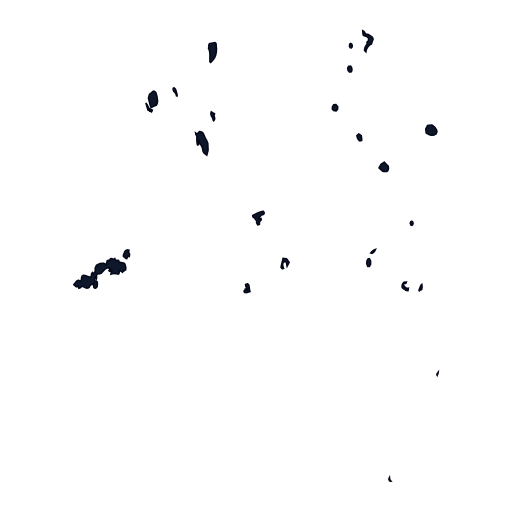 Eastern, Equal Earth projection
{"feature_id": "FJI-2618", "entity_name": "Eastern", "entity_type": "Division", "adm_level": 1, "iso_a3": "FJI", "parent_name": "Fiji", "parent_adm1": "", "projection": "equal_earth", "projection_center": [179.768, -18.91], "detail": "fine", "context": "isolated", "style": "filled", "palette": "ink", "viewbox_px": 512, "rotation_deg": 0, "n_neighbors": 0, "source": "natural_earth", "source_scale": "10m", "svg_char_len": 5645}
<svg xmlns="http://www.w3.org/2000/svg" viewBox="0 0 512 512"><path d="M119.3,262.4L120.1,262.3L123.6,263.0L124.6,263.6L125.3,265.3L125.8,267.7L125.7,269.8L123.7,271.1L122.3,272.3L121.6,271.5L120.7,271.1L118.8,270.7L119.2,271.8L119.2,272.8L118.9,273.6L118.1,274.2L117.0,273.8L114.8,273.6L112.5,273.7L110.9,274.2L111.1,273.3L111.4,271.6L111.6,270.7L110.7,271.2L110.1,271.4L109.5,271.2L108.9,270.7L109.4,270.1L109.8,269.3L110.2,268.9L107.6,267.7L105.2,269.0L101.1,273.3L99.6,273.8L98.1,273.9L97.0,274.2L96.5,275.5L96.6,278.1L96.4,278.8L95.9,276.9L95.0,277.8L94.7,279.2L94.9,280.6L95.6,281.2L97.0,281.6L97.4,282.7L97.3,285.9L97.0,286.8L96.3,287.7L95.5,288.2L94.7,288.2L93.8,287.3L93.7,286.2L93.9,282.9L92.6,284.4L92.0,284.7L90.7,284.7L89.8,285.9L89.3,287.1L88.6,287.8L87.2,288.2L85.7,287.9L83.2,286.6L82.0,286.3L79.9,288.0L78.8,288.2L78.3,286.3L77.7,286.3L76.9,286.9L76.0,286.6L74.9,285.7L73.8,284.7L76.7,281.0L78.4,280.2L80.3,281.2L81.3,280.1L81.6,277.3L82.3,275.9L83.3,275.3L84.4,275.3L89.8,277.1L90.7,276.9L91.3,275.9L91.4,274.7L91.7,273.4L92.7,272.4L93.9,273.7L94.8,272.6L95.2,270.3L95.2,268.0L96.5,265.2L99.9,263.5L103.7,263.2L106.3,264.6L107.1,260.9L107.8,260.4L109.2,260.2L109.7,259.9L110.0,259.4L110.4,258.8L111.2,258.5L112.2,258.7L113.0,259.1L113.8,259.2L114.8,258.5L115.5,260.2L118.6,260.4L119.3,262.4ZM206.4,139.9L207.8,143.3L208.1,150.2L206.8,155.2L204.1,153.1L203.1,151.5L202.4,148.0L201.8,146.5L200.0,143.5L199.3,142.0L198.9,139.9L198.5,141.2L198.8,143.8L198.5,144.7L197.7,145.0L197.2,144.1L196.8,140.5L196.9,136.8L196.7,136.2L195.8,134.2L195.6,132.9L196.6,133.7L197.3,133.8L199.4,131.6L199.9,131.5L200.5,131.8L201.8,132.0L203.2,133.3L205.5,138.6L206.4,139.9ZM216.5,48.9L216.3,52.2L215.7,55.1L214.7,57.6L213.2,59.8L210.7,62.5L209.9,61.8L209.9,54.1L209.7,52.1L209.3,50.2L208.5,48.4L208.8,46.7L208.8,45.0L209.5,43.6L213.4,42.9L214.3,42.6L215.1,42.6L216.1,43.6L216.1,44.4L216.5,48.9ZM152.0,92.4L152.5,91.6L154.0,91.1L155.8,92.4L156.7,95.4L157.1,97.1L157.3,98.9L157.6,100.6L157.4,102.5L157.0,103.9L156.4,105.2L154.0,106.1L152.8,106.7L151.2,107.6L150.2,105.3L149.7,103.2L148.4,98.1L149.5,94.2L152.0,92.4ZM431.9,125.0L433.0,125.7L434.8,127.3L436.3,129.4L437.0,131.6L436.1,133.9L433.9,135.1L431.3,135.3L429.2,134.7L426.2,133.0L425.7,129.0L427.6,125.4L431.9,125.0ZM368.0,34.3L371.0,36.2L372.5,37.4L373.1,39.1L371.6,43.3L371.5,44.0L369.7,44.9L367.8,46.9L366.4,49.5L365.9,51.9L364.5,50.4L364.8,48.0L366.0,45.5L367.2,44.0L366.9,42.4L367.4,41.6L368.1,41.2L368.5,40.5L368.6,38.7L368.4,38.0L367.2,36.9L366.3,36.3L364.2,35.8L363.3,35.2L363.0,34.2L362.8,31.7L362.7,30.7L364.0,31.4L364.9,32.9L366.0,34.2L368.0,34.3ZM263.4,211.3L263.9,212.2L264.3,212.9L263.6,214.4L261.3,215.1L260.2,216.4L258.5,218.1L259.2,219.1L260.5,218.4L261.0,218.4L261.3,219.8L259.5,221.8L259.4,224.4L257.7,224.9L256.6,222.8L256.6,220.6L255.5,219.6L254.8,218.3L252.9,216.9L252.7,215.5L254.6,214.5L258.2,212.7L261.9,211.5L263.4,211.3ZM386.5,164.5L388.2,166.1L388.5,168.4L387.9,170.6L386.8,171.5L383.6,171.5L382.7,171.3L382.0,170.6L381.4,170.1L381.0,169.8L379.0,167.9L381.0,164.3L384.3,162.1L386.5,164.5L386.5,164.5ZM128.5,252.3L129.3,253.3L129.6,254.3L129.5,255.4L129.2,256.6L127.9,256.1L127.3,257.3L126.8,258.7L125.9,258.5L123.3,256.2L123.5,254.7L124.4,252.8L124.6,251.9L125.6,250.6L127.5,249.8L129.0,250.2L128.5,252.3ZM281.8,263.7L283.1,258.3L286.6,258.8L289.1,262.4L287.1,266.3L286.3,262.0L284.3,261.5L282.6,263.4L282.8,265.9L283.6,268.4L282.3,268.8L281.0,267.3L281.8,263.7ZM247.6,283.8L248.7,284.8L249.2,287.0L249.5,289.6L250.0,291.6L247.1,292.5L246.0,292.7L244.6,292.4L244.2,291.9L244.1,290.8L244.7,290.3L244.9,290.2L245.0,290.0L245.3,289.0L245.8,289.3L246.8,289.6L247.3,289.9L246.7,288.0L245.7,286.0L245.6,284.4L247.6,283.8ZM333.6,110.5L332.3,109.0L332.5,106.6L333.8,104.7L335.9,104.5L337.7,106.6L337.6,109.2L336.1,111.0L333.6,110.5ZM366.7,263.6L367.0,260.7L368.1,258.9L369.4,258.7L370.6,260.9L370.6,264.4L369.3,266.5L367.7,266.4L366.7,263.6ZM359.5,134.4L361.3,135.7L361.7,138.7L361.7,140.4L359.9,141.0L358.7,140.1L357.7,138.6L356.8,135.7L358.7,133.9L359.5,134.4ZM403.1,283.8L403.8,285.6L405.2,287.4L407.0,288.4L408.4,288.2L408.0,290.7L406.2,290.5L402.8,288.2L402.0,287.0L402.3,284.5L403.8,282.3L406.4,282.0L405.9,283.3L405.2,283.5L404.4,283.5L403.1,283.8ZM349.5,72.1L348.0,70.4L347.7,68.1L348.6,66.3L350.6,66.1L351.6,67.5L352.0,69.9L351.4,71.8L349.5,72.1ZM214.5,113.6L214.5,114.2L214.4,114.5L213.9,115.2L214.2,116.1L214.5,117.3L214.7,118.6L214.5,119.6L213.7,120.8L213.2,120.2L212.6,117.9L211.8,116.7L211.1,115.2L210.8,113.5L211.3,111.8L212.9,112.9L214.5,113.6ZM147.1,104.7L148.7,107.9L150.7,109.5L152.3,110.0L152.1,110.9L151.9,111.3L151.6,111.8L151.0,110.9L150.3,111.5L149.7,111.3L149.3,110.5L148.0,110.2L146.5,105.3L145.9,102.9L147.1,104.7ZM173.8,91.4L173.1,89.7L173.2,88.3L174.0,87.8L175.2,88.8L175.8,90.0L177.0,94.1L177.2,95.9L176.5,95.9L176.1,94.4L175.5,93.2L174.8,92.3L173.8,91.4ZM419.2,289.5L421.0,285.1L421.8,284.4L422.1,286.8L421.8,289.3L421.1,289.9L420.2,290.0L419.3,290.9L419.0,290.6L419.0,290.3L419.2,289.5ZM349.5,46.6L349.6,44.2L350.6,43.4L351.7,44.0L352.3,45.6L352.0,47.2L351.2,48.0L350.3,47.8L349.5,46.6ZM411.1,225.3L410.2,223.3L410.7,221.8L411.9,221.2L412.9,222.2L413.1,223.5L412.7,224.7L412.0,225.3L411.1,225.3ZM373.6,252.4L372.9,252.9L372.2,253.3L371.4,253.3L370.7,253.0L371.7,251.8L372.9,250.7L374.2,249.9L375.5,249.4L375.1,250.3L374.7,251.0L374.2,251.7L373.6,252.4ZM390.1,481.2L389.3,480.4L388.9,479.5L389.0,478.5L389.5,477.5L389.6,478.6L389.9,479.7L390.4,480.6L391.1,481.2L390.8,481.3L390.1,481.2ZM437.2,375.4L436.8,374.7L437.0,374.0L437.5,373.1L438.2,372.2L438.1,373.0L437.8,373.8L437.2,375.4Z" fill="#0f172a" stroke="#020617" stroke-width="1.5"/></svg>